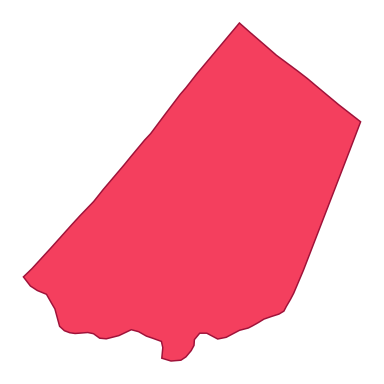 outline of Brasilândia do Sul, Paraná, Brazil
{"feature_id": "56859067B61822887555526", "entity_name": "Brasilândia do Sul", "entity_type": "district", "adm_level": 2, "iso_a3": "BRA", "parent_name": "Brazil", "parent_adm1": "Paraná", "projection": "mercator", "projection_center": [-53.561, -24.156], "detail": "fine", "context": "isolated", "style": "filled", "palette": "rose", "viewbox_px": 384, "rotation_deg": 0, "n_neighbors": 0, "source": "geoboundaries", "source_scale": "gbopen_adm2", "svg_char_len": 931}
<svg xmlns="http://www.w3.org/2000/svg" viewBox="0 0 384 384"><path d="M239.4,23.0L196.6,74.1L185.9,87.8L180.2,94.4L165.7,113.5L150.6,133.7L144.6,140.1L130.7,156.8L124.2,164.8L103.3,189.4L93.7,201.5L80.2,215.5L71.4,225.1L50.6,248.3L32.0,268.6L23.4,276.9L30.4,286.0L37.3,290.5L46.5,294.3L51.5,303.1L54.9,308.9L59.6,326.3L64.4,330.7L69.7,332.7L75.1,333.5L87.8,332.5L93.5,333.7L99.7,338.2L106.3,338.8L118.9,335.6L131.3,329.7L138.7,331.7L146.4,336.1L152.9,338.3L161.4,341.4L162.8,347.6L161.8,358.2L171.0,361.0L180.9,360.2L185.9,356.9L191.2,350.6L194.0,345.4L194.4,339.6L199.7,333.2L206.8,333.2L217.7,339.0L226.2,337.3L239.5,330.3L248.3,328.0L252.2,326.0L258.6,322.4L263.9,319.1L271.7,316.4L278.9,314.1L283.9,311.1L286.4,306.3L290.5,299.3L293.7,293.2L303.4,270.3L349.7,150.4L360.6,121.8L338.4,104.5L314.9,84.9L307.7,78.8L298.4,71.6L276.3,55.2L266.0,46.2L249.9,32.3L239.4,23.0Z" fill="#f43f5e" stroke="#9f1239" stroke-width="1.5"/></svg>